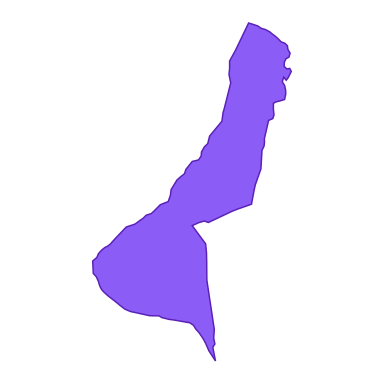 Porto Real do Colégio, Alagoas, Brazil
{"feature_id": "56859067B64843662211438", "entity_name": "Porto Real do Colégio", "entity_type": "district", "adm_level": 2, "iso_a3": "BRA", "parent_name": "Brazil", "parent_adm1": "Alagoas", "projection": "natural_earth1", "projection_center": [-36.729, -10.115], "detail": "fine", "context": "isolated", "style": "filled", "palette": "violet", "viewbox_px": 384, "rotation_deg": 0, "n_neighbors": 0, "source": "geoboundaries", "source_scale": "gbopen_adm2", "svg_char_len": 1685}
<svg xmlns="http://www.w3.org/2000/svg" viewBox="0 0 384 384"><path d="M223.1,112.4L221.9,121.2L209.6,136.1L207.7,143.7L204.5,146.7L201.5,151.9L201.2,155.9L198.6,159.8L195.9,160.6L192.3,161.4L185.9,169.4L184.5,173.7L180.1,177.2L176.9,180.1L171.1,189.6L170.4,195.4L168.2,201.6L160.3,204.7L153.9,211.2L151.2,213.6L146.2,215.2L143.0,218.4L139.6,220.7L135.0,224.1L126.3,227.0L117.1,236.6L113.2,240.8L110.2,244.2L107.7,246.1L105.0,247.4L101.5,250.2L98.5,253.6L96.8,257.5L92.7,261.0L92.9,265.4L93.3,273.5L96.2,276.6L98.2,280.9L99.7,285.8L101.3,289.1L103.6,291.8L106.2,294.2L108.7,296.4L111.7,298.7L117.8,303.5L120.0,305.4L124.8,309.1L130.4,311.5L149.7,315.7L159.1,315.9L161.9,317.6L169.1,319.4L173.2,319.9L189.8,322.8L193.5,325.3L195.8,329.1L198.9,332.5L202.9,338.3L205.4,342.8L208.9,350.8L215.5,361.0L212.8,347.3L214.9,344.0L213.7,337.9L214.3,329.5L206.9,280.5L206.8,277.1L206.7,261.9L206.6,258.2L206.5,252.7L205.6,243.7L203.3,240.7L192.2,225.6L198.9,222.6L204.4,221.0L208.3,222.5L211.9,220.8L215.7,219.0L232.2,211.2L237.8,209.0L241.3,207.8L251.5,204.2L253.9,191.3L255.3,184.8L260.9,169.0L262.0,150.3L264.0,146.2L264.5,142.6L264.4,138.6L268.6,120.4L272.8,118.6L274.0,114.9L273.4,109.4L273.4,103.3L276.3,101.8L280.1,100.9L284.6,99.5L285.7,94.2L285.7,90.6L284.7,85.7L282.3,81.8L283.7,77.2L286.2,80.2L288.2,77.7L289.7,74.7L291.3,71.4L289.7,68.4L286.9,69.0L284.1,66.3L284.4,62.0L286.1,58.6L288.9,57.2L290.1,53.2L287.9,49.4L287.4,45.7L284.8,43.2L281.0,41.8L278.0,38.6L274.9,35.9L272.4,34.1L269.8,31.9L265.4,29.5L261.2,28.3L257.7,25.9L252.9,24.3L248.6,23.0L235.6,50.1L229.6,61.0L229.6,68.4L229.0,74.4L230.7,82.9L224.3,108.4L223.1,112.4Z" fill="#8b5cf6" stroke="#5b21b6" stroke-width="1.5"/></svg>